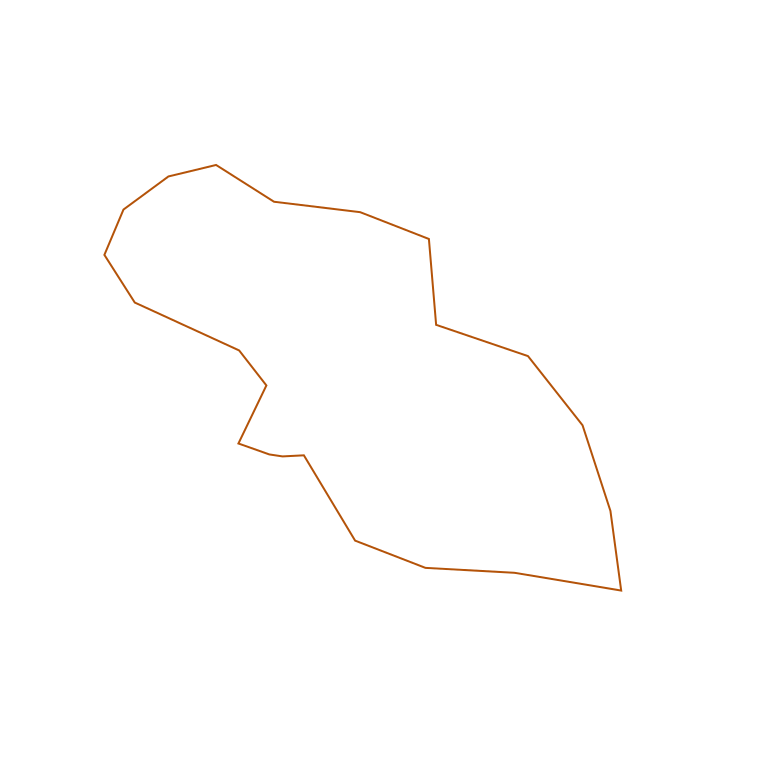 the border of `Uvea, rotated 126°
{"feature_id": "WLF-4996", "entity_name": "`Uvea", "entity_type": "state/province", "adm_level": 1, "iso_a3": "WLF", "parent_name": "Wallis and Futuna", "parent_adm1": "", "projection": "robinson", "projection_center": [-176.158, -13.28], "detail": "fine", "context": "isolated", "style": "outline", "palette": "amber", "viewbox_px": 768, "rotation_deg": 126, "n_neighbors": 0, "source": "natural_earth", "source_scale": "10m", "svg_char_len": 440}
<svg xmlns="http://www.w3.org/2000/svg" viewBox="0 0 768 768"><g transform="rotate(126 384 384)"><path d="M411.7,70.7L460.0,167.4L508.4,242.4L527.7,315.3L488.8,406.9L502.2,423.5L508.4,435.4L517.7,466.8L454.3,478.3L442.0,520.9L464.6,633.5L443.9,686.1L396.0,697.3L342.8,680.4L305.5,648.6L301.2,580.1L259.0,504.3L240.3,432.9L305.5,376.6L276.8,283.9L300.7,199.1L353.6,126.2L411.7,70.7Z" fill="none" stroke="#b45309" stroke-width="2"/></g></svg>